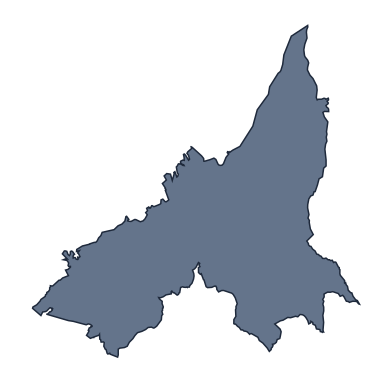 the district of Babana, Arges, Romania, rotated 268°
{"feature_id": "2599482B94335816711173", "entity_name": "Babana", "entity_type": "district", "adm_level": 2, "iso_a3": "ROU", "parent_name": "Romania", "parent_adm1": "Arges", "projection": "natural_earth1", "projection_center": [24.7, 44.889], "detail": "fine", "context": "isolated", "style": "filled", "palette": "slate", "viewbox_px": 384, "rotation_deg": 268, "n_neighbors": 0, "source": "geoboundaries", "source_scale": "gbopen_adm2", "svg_char_len": 5839}
<svg xmlns="http://www.w3.org/2000/svg" viewBox="0 0 384 384"><g transform="rotate(268 192 192)"><path d="M247.5,328.5L257.3,330.2L262.4,326.9L267.0,325.6L267.9,327.2L267.6,331.4L270.1,331.4L271.3,330.7L272.1,329.6L273.8,328.9L275.4,331.0L276.2,331.3L278.1,330.1L279.2,331.6L280.1,331.7L281.0,331.4L280.0,329.0L280.8,328.3L281.1,327.2L280.2,324.7L280.3,321.7L279.7,320.3L282.1,319.5L289.5,320.6L293.7,320.3L301.1,316.9L304.6,314.0L309.9,311.6L312.6,311.9L316.9,313.1L319.5,312.3L323.3,309.6L324.6,309.2L330.2,308.7L335.8,309.9L341.8,312.3L347.7,311.9L350.2,312.3L352.9,313.5L354.4,313.4L344.3,296.7L325.8,288.6L316.3,287.1L310.4,285.1L309.1,284.2L307.6,282.2L294.5,273.3L286.9,271.8L271.9,260.1L255.7,255.1L235.9,241.5L232.4,234.2L230.6,231.5L230.9,231.2L229.9,230.3L231.0,229.6L231.1,229.0L230.1,228.6L228.6,229.9L225.4,227.2L219.1,224.4L217.7,222.8L217.6,221.1L218.0,219.9L218.9,219.0L223.7,217.0L225.1,215.1L223.7,211.2L222.3,205.7L222.4,204.9L225.1,204.8L227.8,202.8L236.6,193.8L237.6,192.1L236.0,193.7L232.3,189.2L230.8,188.3L228.7,189.8L224.9,190.7L223.9,189.7L228.9,186.9L230.2,185.8L230.1,185.2L229.8,184.8L226.9,185.3L223.9,185.3L224.2,184.0L223.3,181.9L222.6,181.5L221.5,181.7L220.3,182.7L219.5,184.6L218.7,185.0L218.9,183.8L220.6,181.6L220.3,180.8L220.7,180.0L220.5,179.3L218.4,178.1L217.6,177.2L211.8,178.0L210.2,179.0L208.2,178.3L207.5,177.4L212.9,175.6L212.1,174.5L210.8,174.8L204.2,172.7L210.6,171.1L211.3,167.4L209.0,164.7L204.9,166.8L201.5,162.7L196.9,165.5L196.7,165.2L195.0,166.1L194.6,165.4L185.0,168.5L184.4,167.9L183.1,165.8L183.3,164.8L185.9,162.6L185.2,160.8L181.5,160.4L180.7,159.1L178.8,153.9L178.8,153.0L179.7,151.9L179.7,151.2L177.5,150.0L177.8,149.4L177.4,148.6L178.5,148.2L177.3,146.1L174.9,146.9L173.0,145.0L170.8,146.5L166.8,144.1L164.8,142.0L164.1,139.3L166.4,134.9L166.5,133.7L164.7,130.1L164.9,128.2L165.4,126.7L166.3,127.0L166.9,127.9L170.0,125.8L169.7,125.1L165.3,123.9L162.4,120.9L160.8,116.9L157.1,112.8L154.8,100.8L151.6,99.4L149.4,97.1L146.4,95.5L145.0,94.0L145.1,92.6L143.7,87.8L143.4,87.8L141.9,80.6L138.6,74.8L136.6,74.5L137.3,77.4L135.1,75.6L134.0,76.6L131.3,77.8L130.0,76.2L131.6,75.3L128.8,75.8L128.5,75.5L128.8,74.0L130.5,73.0L130.6,71.8L130.2,71.0L131.9,70.9L133.5,71.7L133.9,72.4L136.7,70.5L137.2,69.6L136.8,68.4L133.9,68.1L132.7,67.2L133.9,65.9L137.1,64.8L137.6,63.1L137.5,62.3L134.7,60.3L129.4,65.0L129.6,63.3L128.8,61.1L128.1,64.2L127.2,65.3L125.3,66.2L122.9,65.6L121.9,66.1L121.9,67.9L121.1,67.9L119.0,65.4L118.4,62.9L112.7,65.6L110.6,59.7L108.5,57.3L108.5,56.0L103.1,49.7L102.9,48.8L103.3,47.2L102.3,47.2L101.2,46.4L99.5,46.4L97.4,45.0L97.1,43.9L96.4,43.3L95.3,43.3L94.3,42.0L92.8,41.7L89.9,37.3L88.2,36.3L84.7,32.9L82.6,29.0L81.3,28.6L73.8,36.7L77.3,38.6L77.6,41.4L78.2,42.7L81.2,45.8L81.3,46.8L80.2,47.5L80.7,48.2L80.3,48.7L78.7,48.1L77.2,46.5L77.3,45.8L75.1,43.6L75.0,42.2L67.8,64.0L66.9,68.8L63.0,81.6L63.8,83.7L63.4,85.3L62.4,86.8L61.6,87.5L61.1,87.4L60.6,86.4L60.9,86.2L59.9,85.4L59.8,84.6L57.3,83.5L56.8,84.2L56.0,83.9L52.4,81.6L49.3,85.3L50.3,88.4L50.0,88.8L50.6,89.2L52.1,94.0L53.0,94.6L48.1,94.7L47.6,95.5L45.2,95.9L45.2,98.4L44.6,99.0L40.9,98.5L37.8,99.9L37.6,100.6L33.7,101.6L33.0,102.3L33.7,104.2L32.8,104.5L29.6,111.9L31.7,112.6L37.5,112.8L38.5,114.5L38.9,119.0L40.1,121.9L44.0,124.1L47.5,127.8L50.6,130.0L53.3,132.6L54.5,137.1L56.2,140.9L58.1,143.3L58.4,146.7L57.4,148.7L57.5,149.6L59.1,152.0L65.3,156.9L69.6,157.4L70.7,158.5L73.9,157.7L74.5,158.4L76.9,158.5L77.0,159.0L78.2,159.3L81.5,158.2L83.8,158.4L86.1,155.8L87.7,155.0L87.4,156.7L88.3,159.6L90.1,162.5L90.9,167.7L93.1,167.7L93.7,168.4L91.9,169.7L92.1,170.5L89.5,173.5L89.6,174.0L90.3,175.0L91.8,175.7L91.9,176.2L97.0,177.3L97.6,179.4L97.1,180.5L96.9,182.6L97.2,183.4L96.7,184.1L97.1,184.4L97.1,186.1L98.5,186.5L100.8,188.8L104.9,190.5L108.0,191.1L110.5,190.9L113.9,189.8L115.1,191.9L116.8,193.5L121.3,196.0L120.4,197.2L118.8,196.5L117.1,197.3L116.2,195.8L111.3,195.7L109.4,197.5L110.0,198.4L104.0,200.4L103.8,200.9L96.9,202.8L95.9,204.2L96.0,208.4L97.1,211.1L97.1,212.5L95.5,213.3L93.7,213.4L91.2,215.1L92.5,218.2L92.5,220.1L89.5,228.2L88.2,229.6L84.8,231.5L78.8,233.3L75.8,231.9L74.2,232.0L72.8,231.4L66.1,231.5L63.1,229.4L59.0,229.2L58.6,229.6L58.4,231.0L56.2,232.8L55.0,234.5L52.5,236.1L52.4,237.8L51.2,239.1L50.9,240.9L50.2,242.5L47.8,244.6L48.2,245.0L48.4,246.5L44.5,252.8L41.2,254.1L38.6,257.5L33.5,261.7L30.0,263.7L31.7,265.6L33.2,265.8L34.0,266.8L35.7,267.6L37.0,267.1L37.4,269.2L38.8,271.0L41.6,272.0L42.5,274.6L44.6,275.2L49.2,276.2L51.9,275.3L57.2,270.1L60.2,275.9L60.7,278.5L63.3,283.3L62.9,286.1L64.2,291.1L63.6,293.4L65.8,295.7L65.5,298.1L64.4,299.9L62.8,301.3L59.4,303.2L56.1,304.1L57.1,306.1L58.6,306.3L57.4,308.1L55.6,308.3L54.5,310.6L50.8,311.6L50.1,315.0L48.0,315.4L47.7,316.8L47.2,317.3L47.7,317.9L47.5,318.6L49.3,318.1L57.1,319.0L64.2,318.5L68.5,319.5L72.4,319.6L75.4,318.9L78.3,319.9L80.0,318.9L82.5,320.4L85.4,320.4L87.2,324.0L87.0,326.6L87.5,329.2L85.4,334.7L82.6,336.4L83.5,339.0L82.0,340.2L77.5,342.4L77.0,344.6L76.2,345.4L77.2,348.8L76.9,352.7L74.4,354.6L74.1,355.4L77.7,353.5L78.7,351.7L82.2,349.3L85.6,348.2L85.8,347.1L88.4,344.7L92.3,344.1L93.8,342.9L95.8,342.4L95.3,341.9L95.7,341.3L98.2,341.4L103.6,337.3L105.3,336.9L109.2,337.1L109.9,336.5L111.3,336.5L112.0,335.6L116.7,333.4L117.1,332.4L116.6,331.0L118.9,329.8L118.6,328.1L119.5,327.1L119.5,325.7L121.3,323.6L120.9,322.3L121.1,320.1L123.2,318.9L124.1,317.0L125.1,316.3L125.6,314.4L128.7,313.0L130.8,310.5L133.5,309.0L133.7,307.8L135.1,306.6L136.5,306.5L139.0,305.0L145.2,311.7L150.9,309.0L157.4,308.1L159.5,308.3L161.9,307.0L165.3,308.1L172.0,307.0L175.3,307.2L181.0,308.5L183.9,310.5L184.7,312.8L187.9,313.9L188.1,315.1L194.6,317.6L200.7,319.4L202.7,322.9L211.2,324.4L213.3,326.9L219.3,327.1L230.2,326.3L235.2,327.2L238.1,328.6L242.1,328.1L245.1,328.9L247.5,328.5Z" fill="#64748b" stroke="#1e293b" stroke-width="1.5"/></g></svg>